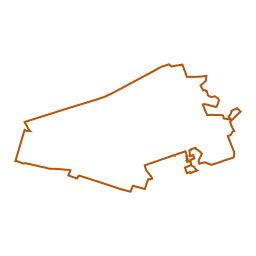 the district of Babiciu, Olt, Romania
{"feature_id": "2599482B4228575474869", "entity_name": "Babiciu", "entity_type": "district", "adm_level": 2, "iso_a3": "ROU", "parent_name": "Romania", "parent_adm1": "Olt", "projection": "robinson", "projection_center": [24.569, 44.021], "detail": "fine", "context": "isolated", "style": "outline", "palette": "amber", "viewbox_px": 256, "rotation_deg": 0, "n_neighbors": 0, "source": "geoboundaries", "source_scale": "gbopen_adm2", "svg_char_len": 5806}
<svg xmlns="http://www.w3.org/2000/svg" viewBox="0 0 256 256"><path d="M233.7,157.5L234.1,155.0L234.1,154.8L234.1,154.5L234.2,154.1L234.2,153.7L234.2,153.2L234.2,152.8L234.1,152.5L234.1,151.9L234.0,151.7L233.9,151.4L233.7,150.9L233.6,150.6L233.5,150.3L233.3,150.0L232.9,148.8L232.1,147.0L232.0,146.7L231.6,145.7L231.1,144.3L230.9,143.9L230.6,143.1L229.0,139.1L228.8,138.6L228.1,136.9L227.8,136.1L230.0,135.2L230.6,134.9L230.9,134.7L231.0,134.5L231.3,134.1L231.5,133.7L231.9,133.0L232.1,132.6L232.4,132.0L232.6,131.6L232.8,131.5L233.2,131.4L233.7,131.2L234.2,131.1L233.2,129.3L232.6,128.1L231.6,126.1L231.2,125.3L231.0,124.7L230.9,124.2L230.7,123.7L230.6,123.2L230.2,122.3L230.1,121.8L230.5,121.4L231.4,120.5L231.9,120.0L233.1,119.0L233.2,118.8L233.8,118.2L235.0,116.9L237.2,114.8L238.2,113.8L239.5,112.6L239.8,112.4L240.1,112.1L240.6,111.6L240.0,111.0L238.8,109.9L237.9,109.2L236.9,108.2L236.4,108.5L235.8,108.8L235.1,109.1L234.3,109.6L233.2,110.0L231.6,110.9L231.3,111.5L231.3,112.1L231.2,112.5L231.0,113.0L230.9,113.4L230.8,113.6L230.4,114.2L230.0,114.8L229.6,115.6L229.0,116.3L228.6,116.8L229.1,117.3L230.5,118.8L231.1,119.5L230.9,119.7L227.3,119.1L226.7,118.9L226.0,118.8L224.5,118.6L224.1,118.5L223.6,118.4L223.5,117.1L223.4,116.4L223.3,115.8L222.7,115.3L222.3,115.2L221.2,115.2L219.7,115.1L213.2,114.9L211.6,114.9L210.2,114.9L208.6,115.0L207.1,115.0L205.7,111.7L205.0,110.0L204.4,108.5L203.7,106.6L203.5,106.2L203.1,105.2L202.8,104.5L203.4,104.3L204.0,104.1L204.4,104.1L204.8,104.2L205.2,104.3L205.7,104.4L206.1,104.5L207.0,104.6L207.9,104.8L208.4,104.9L208.6,105.0L209.1,105.2L209.5,105.3L210.2,105.5L210.5,105.6L210.9,105.7L211.6,105.8L212.5,106.0L213.7,106.4L214.4,106.6L214.9,106.8L215.7,107.0L216.2,107.0L216.5,106.6L216.8,105.9L217.1,105.5L217.5,104.8L217.8,104.1L218.1,103.4L218.4,102.0L218.5,101.8L218.6,101.6L218.8,101.4L218.8,101.2L218.8,100.5L218.8,100.1L218.7,99.5L218.5,99.1L218.3,98.7L217.9,98.3L217.5,97.9L216.8,97.5L216.0,97.1L215.7,96.8L215.3,96.5L215.0,96.4L214.4,96.5L214.0,96.6L213.7,96.6L213.0,96.6L212.5,96.8L212.2,96.9L211.3,97.0L211.1,96.9L210.5,96.6L209.8,96.4L209.0,96.0L208.3,95.6L208.1,95.3L207.7,94.5L207.4,93.4L207.2,92.4L207.0,91.5L206.8,91.1L206.6,90.9L206.2,90.9L205.9,90.9L205.6,90.9L205.3,90.8L205.2,90.7L205.0,90.1L203.2,90.3L203.0,89.9L202.6,89.2L200.5,85.5L202.4,84.0L205.9,80.7L206.2,78.4L206.3,75.9L203.8,76.3L202.8,76.4L201.5,76.5L199.1,76.7L198.5,76.7L197.0,76.8L196.0,76.9L187.0,76.9L182.4,64.6L171.5,66.4L171.0,66.0L168.8,64.3L168.5,64.4L168.3,64.5L167.8,64.7L167.0,64.9L165.8,65.4L165.2,65.6L164.9,65.7L163.7,66.1L163.2,66.2L162.8,66.3L161.0,67.0L160.6,67.2L160.3,67.4L159.6,67.8L158.9,68.1L158.2,68.5L157.2,69.0L154.6,70.4L154.7,70.6L154.0,70.9L146.7,74.8L145.9,75.2L145.3,75.5L144.1,76.2L143.7,76.4L133.4,81.9L133.0,82.1L111.8,93.5L104.1,97.0L96.0,99.7L71.1,107.3L24.6,122.0L24.9,122.7L26.1,124.7L27.0,126.2L27.2,126.3L27.2,126.6L29.1,130.1L29.4,130.6L29.9,131.0L26.3,130.8L24.6,129.9L15.4,161.1L16.7,161.0L17.1,161.1L18.8,161.8L19.6,162.0L21.9,163.0L22.5,163.3L22.9,163.4L23.1,163.5L23.4,163.5L25.3,163.2L25.5,163.2L27.2,163.6L27.9,163.8L32.8,164.8L36.3,165.6L38.4,166.1L39.8,166.5L41.3,166.8L42.6,167.0L45.4,167.7L47.2,168.2L48.4,168.5L48.8,168.6L49.6,168.7L54.0,168.8L56.3,168.9L58.9,169.1L61.5,169.3L62.8,169.4L65.3,169.7L67.6,169.8L68.6,169.9L69.3,169.9L69.6,170.1L70.5,170.3L68.4,175.4L76.9,178.5L77.1,178.5L77.3,178.3L78.7,175.7L79.0,175.6L83.6,177.0L103.8,183.5L114.7,187.1L120.5,189.1L130.4,191.7L130.6,191.6L132.8,186.0L133.1,185.8L144.9,189.0L148.1,179.3L149.1,179.3L150.5,179.3L150.5,179.0L150.6,178.9L150.9,178.9L151.6,178.9L151.8,178.9L152.0,178.8L152.0,178.6L152.0,178.1L151.9,177.7L151.6,177.3L151.5,176.9L150.9,176.2L148.8,173.5L148.0,172.4L147.4,171.7L147.1,171.4L146.5,170.5L146.1,169.8L146.1,169.6L145.8,169.0L145.6,168.4L145.4,167.9L145.3,167.4L145.1,166.9L144.9,165.9L144.8,165.4L145.5,165.1L146.7,164.7L149.5,163.7L151.2,163.1L153.8,162.2L154.9,161.8L155.6,161.6L156.6,161.3L158.7,160.5L160.8,159.8L162.8,159.0L163.9,158.7L164.8,158.4L168.6,157.1L169.8,156.6L171.2,156.1L172.6,155.7L173.5,155.4L174.1,155.5L174.0,155.3L175.3,154.8L176.8,154.2L177.4,154.0L178.0,153.8L178.9,153.4L179.3,153.4L182.2,152.4L183.1,152.1L184.0,151.8L185.4,151.3L185.6,151.7L185.9,152.6L186.3,153.6L186.6,154.9L186.7,155.2L187.1,156.1L186.3,156.3L187.0,157.7L187.1,158.1L187.5,158.8L186.8,159.0L187.4,160.2L186.5,160.6L187.2,161.9L190.3,160.9L190.7,164.1L190.8,165.3L185.0,167.5L185.5,169.2L186.0,170.8L186.8,173.1L189.5,172.2L189.6,172.6L190.3,172.4L190.5,173.0L191.7,172.6L191.9,172.5L194.3,171.6L197.3,170.5L196.6,170.0L195.8,169.2L195.0,168.3L194.2,167.2L194.0,166.9L191.1,165.2L190.5,159.8L193.5,158.8L194.3,158.5L194.1,158.1L193.8,157.2L194.0,157.1L193.7,156.2L193.5,155.7L193.3,155.1L192.7,155.3L191.9,155.5L190.5,156.0L190.0,156.2L189.7,153.3L189.6,152.2L189.4,150.9L189.4,150.5L191.0,149.9L190.8,149.4L191.7,149.1L193.5,148.5L193.9,148.4L194.2,148.3L194.6,148.2L195.0,148.0L195.4,147.9L195.6,147.9L195.7,148.0L195.8,148.2L196.0,148.8L196.1,149.0L196.4,149.2L196.6,149.3L197.2,149.6L197.4,149.7L197.6,149.8L198.0,150.3L198.9,150.9L199.3,151.2L199.6,151.4L200.1,151.8L200.4,152.0L200.8,152.5L201.2,153.0L201.8,153.6L201.9,153.8L201.9,154.0L201.7,154.5L201.2,155.2L201.0,155.6L200.9,156.0L200.7,156.3L200.4,156.9L200.0,157.6L199.9,157.9L199.8,158.1L199.3,158.8L199.1,159.1L199.0,159.5L198.9,159.9L198.8,160.2L198.8,160.4L198.7,160.7L198.7,161.1L198.7,161.5L198.8,162.3L198.8,162.6L198.9,162.9L199.1,163.1L199.2,163.3L199.2,163.6L199.3,163.8L199.5,163.8L200.3,163.4L201.2,163.1L202.5,162.8L203.5,162.6L204.9,162.3L206.1,162.8L208.2,163.6L209.6,164.1L211.5,164.9L213.0,164.4L214.3,164.0L217.2,163.0L219.6,162.1L221.3,161.6L222.5,161.1L223.0,160.9L226.2,159.9L228.0,159.3L232.9,157.8L233.7,157.5Z" fill="none" stroke="#b45309" stroke-width="2"/></svg>